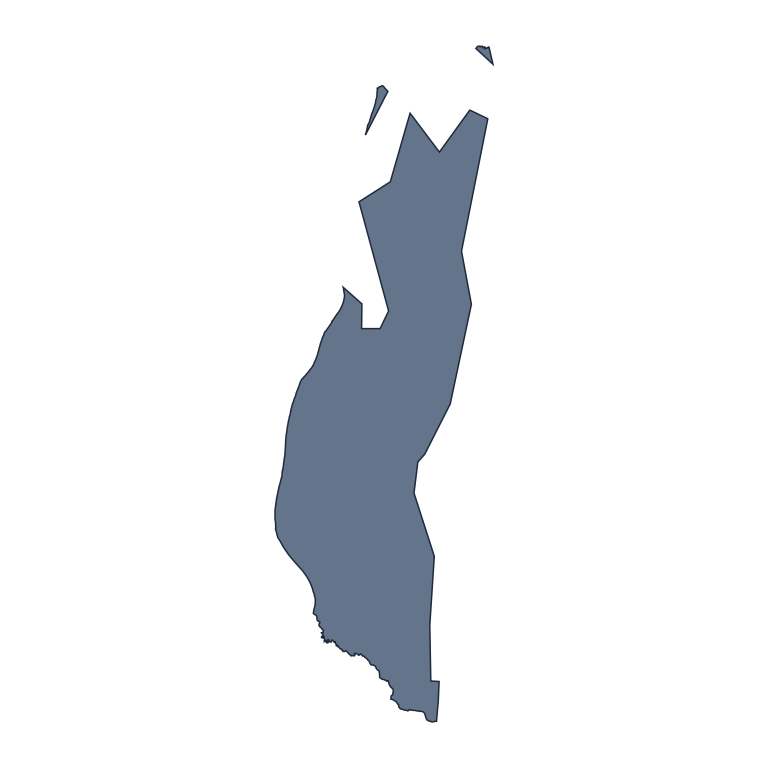 the district of Aurukun, Queensland, Australia
{"feature_id": "25037944B73642390976852", "entity_name": "Aurukun", "entity_type": "district", "adm_level": 2, "iso_a3": "AUS", "parent_name": "Australia", "parent_adm1": "Queensland", "projection": "natural_earth1", "projection_center": [141.751, -13.513], "detail": "fine", "context": "isolated", "style": "filled", "palette": "slate", "viewbox_px": 768, "rotation_deg": 0, "n_neighbors": 0, "source": "geoboundaries", "source_scale": "gbopen_adm2", "svg_char_len": 6020}
<svg xmlns="http://www.w3.org/2000/svg" viewBox="0 0 768 768"><path d="M390.3,181.8L359.0,201.8L388.6,311.0L380.1,328.6L361.6,328.6L361.9,303.9L343.2,287.3L343.7,289.6L343.7,290.7L343.9,291.2L344.5,295.1L344.5,295.9L344.3,297.8L343.7,301.0L342.6,304.4L340.3,309.4L338.0,313.0L337.2,313.8L334.5,317.8L333.0,320.1L332.2,321.0L331.8,321.6L331.8,322.1L331.9,322.3L325.8,331.1L324.7,332.1L324.0,334.0L323.6,335.6L323.1,336.1L322.5,337.6L320.9,342.4L320.5,343.4L319.7,346.5L319.2,347.9L319.0,349.1L317.9,353.0L317.7,354.2L317.4,354.9L316.8,356.7L316.5,357.4L316.3,358.1L315.7,359.4L315.1,361.0L314.3,362.5L313.4,364.9L312.3,366.7L311.1,368.5L310.1,369.5L309.0,371.1L308.7,371.7L308.1,372.2L305.4,375.5L304.0,376.9L303.8,377.0L303.1,378.0L302.3,378.6L301.8,379.3L300.4,381.8L298.8,386.5L297.2,390.7L296.6,391.8L295.3,396.6L294.5,398.2L293.5,401.1L293.0,402.8L292.1,405.0L291.9,406.7L291.5,407.5L290.6,411.5L290.1,415.0L289.7,415.6L289.4,416.6L288.9,419.6L288.5,420.7L287.2,428.3L286.5,433.6L286.1,435.3L286.0,436.4L286.0,437.3L285.7,440.3L285.4,447.9L285.1,450.5L285.1,452.2L284.9,453.5L284.9,454.8L284.5,457.6L284.2,459.1L283.5,464.2L283.5,465.6L283.0,468.2L282.2,471.9L282.1,472.9L282.0,475.6L280.4,481.9L278.9,487.4L276.6,498.5L276.1,502.5L275.9,503.3L275.6,506.1L275.2,508.6L275.0,511.1L275.0,519.0L275.6,523.1L275.7,527.6L275.7,528.5L275.5,529.2L275.5,529.5L275.6,529.9L276.0,530.3L277.1,535.2L277.9,537.6L278.5,538.6L279.6,540.2L283.7,547.6L288.7,554.8L290.2,556.7L294.1,561.3L298.7,566.4L299.9,567.9L300.9,568.8L303.1,571.5L307.1,577.1L310.1,582.6L312.2,587.9L313.7,593.0L314.4,594.2L314.3,595.1L314.4,595.7L315.1,598.1L315.3,599.4L315.3,602.6L315.1,604.6L314.8,606.2L313.7,610.8L313.6,611.9L313.5,612.2L313.3,613.3L313.4,613.5L314.2,614.3L314.6,614.4L316.1,615.3L316.4,615.7L316.6,616.2L316.9,617.2L317.1,620.1L318.6,621.4L318.9,621.3L319.3,621.4L319.8,622.0L319.8,622.8L319.2,623.7L319.0,624.3L319.0,625.3L319.3,626.1L320.3,627.2L321.2,627.9L322.0,629.1L323.5,630.6L323.4,630.7L323.1,631.5L323.1,632.4L323.1,632.8L322.9,633.0L322.5,633.2L322.2,632.8L321.9,632.7L321.4,632.7L321.3,632.8L321.4,633.0L322.0,633.2L322.2,633.4L322.7,634.1L323.0,634.9L322.9,635.3L322.5,636.0L321.7,636.3L321.5,637.5L322.3,637.9L322.5,637.9L323.3,636.7L324.0,636.5L324.2,636.8L324.2,637.2L323.8,638.3L324.0,638.6L324.6,639.0L324.8,639.6L324.7,640.0L324.3,640.4L324.6,640.7L324.5,641.2L325.0,640.7L325.4,640.6L325.8,641.1L325.9,641.6L326.3,641.3L326.5,641.3L326.7,641.6L326.7,642.1L326.5,642.4L326.6,642.6L327.0,642.8L327.8,642.9L328.1,642.6L328.0,641.7L328.1,641.4L327.6,640.9L327.4,640.2L327.9,639.6L328.2,639.5L328.7,639.9L328.9,640.8L329.3,641.5L329.6,641.7L330.6,642.2L330.8,642.2L331.2,641.8L331.4,640.6L332.0,640.1L332.4,640.1L332.7,640.3L333.4,641.5L334.1,642.1L334.4,642.0L334.8,641.6L335.2,641.6L335.4,642.2L335.0,642.5L335.0,642.8L335.5,643.2L335.8,644.0L336.3,644.5L336.2,645.5L336.3,645.7L336.5,645.6L336.8,645.8L337.0,645.8L337.1,645.5L337.1,645.1L337.3,645.0L337.5,645.4L337.2,645.8L337.5,646.1L337.7,646.5L338.3,646.5L338.5,646.9L339.4,647.7L340.2,648.9L340.6,649.0L340.9,648.9L341.9,649.4L342.3,649.9L342.1,650.5L342.8,651.0L342.9,651.3L343.2,651.5L343.6,651.4L344.1,651.6L344.5,651.6L344.9,651.3L345.7,651.0L346.4,651.1L347.4,652.2L347.9,652.5L348.3,653.3L348.8,653.9L349.1,654.0L349.8,654.7L350.6,655.1L350.7,655.6L351.1,655.9L352.4,655.6L352.9,655.7L354.4,655.8L354.8,655.3L354.7,654.6L354.9,654.3L354.6,654.0L354.5,653.7L354.9,653.7L355.1,653.4L355.3,653.8L355.5,653.9L356.0,653.9L356.8,653.6L357.7,654.2L358.1,654.3L358.2,654.6L358.4,654.4L358.5,654.4L358.6,654.9L358.8,655.2L359.0,655.2L359.2,654.8L359.6,654.6L359.9,654.6L360.2,654.5L360.6,653.9L361.5,654.4L361.9,655.2L362.6,656.0L362.9,656.1L363.8,656.1L365.0,657.4L367.0,658.7L367.6,659.9L368.9,660.8L370.5,664.2L370.5,664.3L370.8,664.7L371.8,665.0L373.3,665.0L373.5,665.2L374.6,665.7L375.5,666.4L375.9,667.3L376.2,668.4L377.1,669.5L378.1,670.4L379.2,670.9L379.2,672.7L379.6,673.5L379.5,675.1L379.7,676.1L379.6,676.9L380.1,677.9L381.9,679.1L382.3,679.3L384.4,679.7L384.9,680.1L385.4,680.2L387.0,681.3L387.4,680.9L387.5,680.6L388.0,680.6L388.5,681.5L389.0,683.7L389.3,684.2L389.3,684.7L390.2,686.3L390.8,687.1L391.5,687.6L392.6,689.0L393.1,689.2L393.3,689.6L393.3,690.8L392.8,692.9L393.0,693.9L392.9,694.3L392.3,695.1L391.4,695.5L391.2,695.8L390.9,698.7L390.9,699.2L392.0,699.4L393.3,699.9L394.2,700.4L395.1,701.1L395.7,701.3L396.1,701.8L396.7,702.3L397.4,703.8L398.5,704.5L398.6,704.9L398.6,706.5L399.7,708.2L400.4,708.7L401.0,709.1L401.4,709.0L403.6,709.7L404.7,710.2L405.1,710.1L406.5,710.3L407.8,710.9L408.3,710.7L408.8,709.8L409.6,709.6L410.5,710.2L411.5,710.0L413.1,710.4L414.9,710.4L417.2,711.0L418.3,710.9L419.4,711.4L420.7,711.2L422.6,711.7L423.7,712.3L424.6,713.3L425.0,714.3L425.0,714.9L425.5,716.2L426.1,718.3L426.6,719.2L427.4,720.3L427.6,720.5L428.6,720.6L429.4,721.2L430.7,721.4L431.6,721.9L432.6,721.9L433.7,721.7L435.1,721.3L436.5,721.3L438.3,700.7L439.1,681.5L430.8,681.0L429.8,625.1L434.3,556.3L414.0,493.1L417.8,462.1L424.8,454.1L450.2,404.0L471.4,304.3L461.5,251.2L487.8,118.8L469.8,110.1L439.4,152.1L410.1,113.2L408.3,119.3L390.3,181.8ZM365.5,134.4L365.7,134.5L387.9,91.3L384.5,87.9L384.5,87.7L384.4,87.3L383.7,86.8L383.2,86.1L382.5,85.7L382.2,85.7L380.1,86.8L379.1,87.0L378.3,87.8L377.8,87.9L377.7,88.0L377.9,88.3L377.7,88.9L377.4,88.4L377.2,88.4L377.4,89.2L377.1,91.8L376.9,95.8L376.8,97.3L375.8,100.5L375.4,103.3L374.9,104.6L374.7,106.0L373.8,108.2L373.6,109.1L373.1,110.4L372.8,111.6L371.9,113.4L369.2,122.4L368.8,123.4L367.9,124.8L367.6,125.6L367.2,128.1L366.6,130.5L366.3,131.9L366.2,132.6L365.8,133.3L365.5,134.4ZM493.0,64.3L489.0,47.1L488.5,47.0L488.2,47.1L488.0,47.4L488.1,47.8L487.9,48.0L487.1,47.8L486.7,48.0L486.0,48.0L485.6,48.3L485.3,49.0L485.1,49.0L485.0,48.8L484.9,48.6L485.2,48.0L485.1,47.4L485.0,47.2L484.3,46.8L483.9,47.0L483.3,47.7L482.9,47.8L482.6,47.4L482.4,46.4L482.2,46.2L480.9,46.3L480.2,46.9L479.6,46.2L479.2,46.1L477.6,46.4L477.1,46.9L475.9,48.5L493.0,64.3Z" fill="#64748b" stroke="#1e293b" stroke-width="1.5"/></svg>